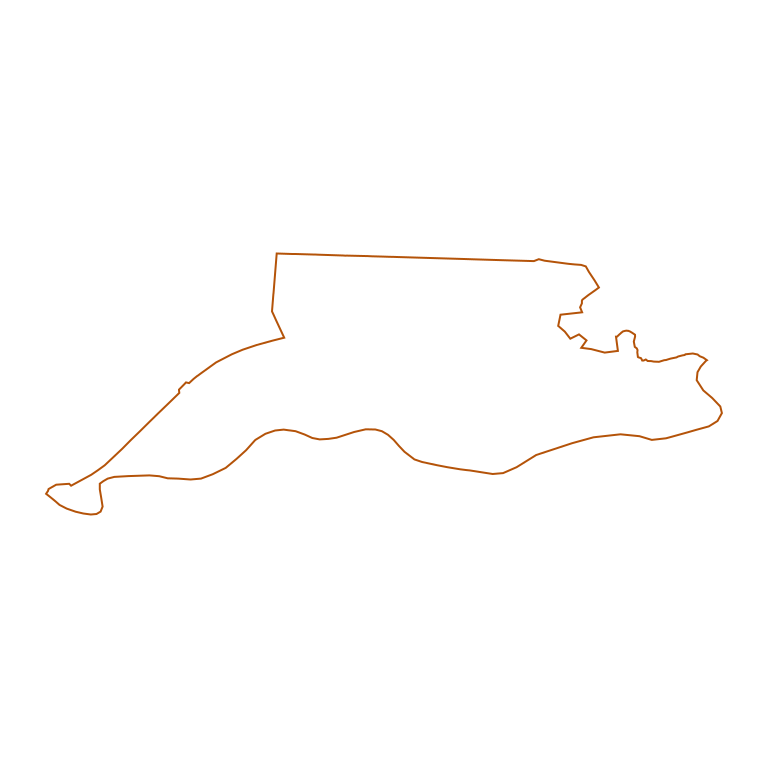 outline of Strenči, Strencu, Latvia
{"feature_id": "27541924B77919484434433", "entity_name": "Strenči", "entity_type": "district", "adm_level": 2, "iso_a3": "LVA", "parent_name": "Latvia", "parent_adm1": "Strencu", "projection": "equal_earth", "projection_center": [25.697, 57.627], "detail": "fine", "context": "isolated", "style": "outline", "palette": "amber", "viewbox_px": 768, "rotation_deg": 0, "n_neighbors": 0, "source": "geoboundaries", "source_scale": "gbopen_adm2", "svg_char_len": 2915}
<svg xmlns="http://www.w3.org/2000/svg" viewBox="0 0 768 768"><path d="M46.1,493.8L49.8,496.7L55.3,501.2L59.5,504.9L66.7,508.6L75.6,511.7L83.3,513.5L90.8,514.5L96.5,514.0L100.6,511.6L102.6,506.6L101.1,497.1L99.8,489.4L99.8,483.7L103.4,481.1L107.7,478.6L114.3,476.9L128.3,476.1L149.4,475.4L159.2,476.2L167.7,478.3L178.0,478.6L190.5,479.5L201.0,478.6L212.8,474.2L225.7,467.9L236.4,459.0L246.1,450.2L254.8,440.5L255.4,439.9L265.4,433.8L275.1,430.5L283.7,429.6L289.4,430.4L289.7,430.4L295.6,431.2L304.6,434.5L312.3,438.0L319.7,439.4L328.3,438.9L336.6,437.7L354.1,432.0L365.8,429.3L375.4,429.5L381.9,431.2L388.0,434.8L393.7,439.9L399.0,446.0L404.5,451.8L414.4,459.4L422.1,462.0L437.0,465.2L447.4,467.2L460.2,469.3L466.6,470.1L469.6,470.4L476.1,471.4L481.1,472.2L492.7,474.0L503.1,473.1L516.6,467.2L536.2,455.0L572.1,443.2L593.5,437.3L620.5,434.3L639.5,436.2L651.8,439.9L666.0,438.3L670.8,437.0L687.4,432.4L696.4,429.8L708.8,426.4L717.5,421.0L721.9,413.1L720.3,406.5L712.3,398.1L703.3,390.4L696.7,380.2L697.5,372.2L700.8,366.5L706.0,360.8L706.9,360.2L703.4,357.7L699.7,356.2L697.6,354.5L692.8,353.5L685.4,354.3L684.7,355.0L682.4,355.4L678.1,356.5L676.5,357.4L670.6,358.6L667.6,359.5L666.1,360.0L664.2,360.2L659.0,361.8L653.8,361.6L651.2,361.1L647.7,361.0L645.8,359.5L643.7,360.5L642.2,360.5L641.7,359.4L640.9,358.1L638.3,357.3L637.9,357.0L637.3,352.3L637.5,350.5L637.5,350.0L636.8,348.4L636.3,348.0L634.8,346.9L633.8,341.6L635.1,336.5L635.0,334.7L631.7,332.5L631.1,332.2L630.7,331.9L630.0,331.5L629.3,331.2L629.0,331.1L628.2,330.8L627.8,330.8L627.2,330.8L627.0,330.7L626.5,330.7L626.1,330.7L625.5,330.8L625.3,330.8L624.6,331.0L623.7,331.2L623.2,331.4L622.8,331.5L622.6,331.7L622.1,332.1L621.8,332.4L621.5,332.5L620.5,333.5L619.3,334.5L617.0,336.7L616.0,336.7L617.9,350.9L604.7,352.6L591.2,349.1L581.3,347.8L586.5,340.4L579.0,334.4L570.3,338.7L564.8,331.6L558.2,325.9L560.5,314.7L579.7,312.6L582.1,312.3L580.1,307.3L581.9,303.4L581.9,300.8L582.4,299.7L588.2,295.2L595.7,289.9L598.9,287.5L594.5,280.3L588.9,271.9L585.8,266.4L581.1,264.9L574.3,264.4L569.2,263.9L566.7,263.6L544.6,260.7L538.8,259.2L533.9,261.1L502.6,260.2L473.1,259.3L463.8,259.0L396.8,257.0L394.1,256.9L389.2,256.8L383.1,256.6L371.8,256.3L367.9,256.1L346.5,255.6L345.5,255.7L343.4,255.5L343.0,255.5L318.6,254.7L314.4,254.5L312.6,254.5L295.4,254.0L292.4,254.0L276.7,253.5L274.9,276.0L274.2,284.7L273.5,293.4L273.4,293.9L272.3,307.6L272.0,311.4L273.6,314.8L275.9,319.9L280.1,328.9L280.7,330.2L284.2,337.7L272.3,340.7L256.7,345.0L242.7,349.7L231.8,354.3L216.1,362.4L200.3,373.8L197.9,375.6L197.2,376.0L193.7,378.8L189.1,383.1L188.2,382.9L186.7,382.6L186.0,382.4L185.3,383.1L185.2,383.3L179.0,389.6L179.0,390.2L179.3,392.9L168.7,403.2L158.1,413.4L149.1,422.2L139.8,431.4L130.9,440.0L122.1,448.9L104.7,465.3L97.8,470.3L91.2,474.8L71.1,485.7L69.2,483.8L56.2,484.7L48.6,489.0L47.9,491.2L47.4,491.8L46.1,493.8Z" fill="none" stroke="#b45309" stroke-width="2"/></svg>